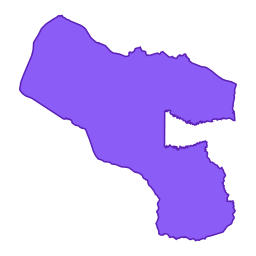 outline of Kaev Seima, Môndól Kiri, Cambodia
{"feature_id": "14789045B63599255468551", "entity_name": "Kaev Seima", "entity_type": "district", "adm_level": 2, "iso_a3": "KHM", "parent_name": "Cambodia", "parent_adm1": "Môndól Kiri", "projection": "orthographic", "projection_center": [106.845, 12.41], "detail": "fine", "context": "isolated", "style": "filled", "palette": "violet", "viewbox_px": 256, "rotation_deg": 0, "n_neighbors": 0, "source": "geoboundaries", "source_scale": "gbopen_adm2", "svg_char_len": 5937}
<svg xmlns="http://www.w3.org/2000/svg" viewBox="0 0 256 256"><path d="M38.2,35.1L34.1,41.6L33.6,42.9L33.2,49.6L31.8,55.5L24.0,73.9L21.0,81.7L19.8,88.4L19.9,90.0L20.7,91.3L23.2,94.1L26.2,96.1L31.5,98.0L63.5,118.9L64.9,119.1L66.2,118.8L66.2,118.2L66.9,118.8L67.9,118.9L68.2,119.4L69.1,119.0L70.3,119.7L70.4,120.0L70.8,119.9L71.4,120.3L72.0,121.7L71.9,122.3L72.5,123.2L75.4,125.2L78.6,125.8L80.4,127.6L81.2,127.5L82.1,128.3L83.5,128.3L85.0,129.0L85.7,129.6L90.1,140.9L93.5,151.3L95.7,155.7L98.2,158.9L102.0,160.1L104.3,161.7L108.6,162.0L109.7,162.3L112.0,164.0L116.0,164.5L121.3,166.8L126.5,167.2L129.4,168.0L134.8,172.1L138.9,173.0L140.1,173.8L142.0,175.1L143.5,178.2L144.9,178.8L145.9,179.9L147.0,179.9L147.7,180.7L147.9,182.7L148.9,185.2L150.7,186.7L154.0,190.9L155.5,194.2L157.1,195.4L158.7,198.0L159.7,199.0L159.2,200.9L157.8,202.8L157.5,204.3L158.7,207.8L158.3,209.7L157.3,210.5L156.7,211.8L158.1,214.4L158.0,215.5L158.6,217.3L157.2,221.3L156.0,223.6L157.0,225.7L157.3,227.8L158.3,229.7L158.8,231.4L158.9,233.9L160.6,235.0L162.7,235.0L163.5,234.9L163.9,233.8L164.7,234.0L165.5,233.7L166.5,233.9L167.9,234.5L168.5,235.5L169.2,236.1L169.4,237.1L169.8,237.4L172.6,236.8L173.0,237.1L173.5,236.8L174.1,237.8L174.8,237.8L175.2,238.1L175.1,238.4L176.3,239.3L177.2,238.3L177.5,238.6L178.1,238.4L178.4,237.9L179.6,238.0L180.8,237.4L181.0,237.0L182.5,237.1L183.3,237.5L184.3,236.9L184.5,237.3L185.5,237.5L185.8,237.1L186.4,237.2L189.7,239.4L190.7,239.5L192.6,238.7L194.3,239.1L195.5,240.6L197.8,239.9L199.1,240.3L200.7,239.3L203.1,238.5L205.0,238.9L205.7,237.6L206.9,236.6L210.7,235.8L223.0,232.0L227.2,226.3L231.5,223.7L232.9,219.8L234.0,218.4L234.0,216.7L233.1,215.6L232.8,214.4L233.5,212.6L234.1,212.7L234.5,212.2L235.1,210.5L234.2,209.8L233.9,208.4L233.2,207.6L233.9,206.8L234.0,206.1L233.3,205.4L233.7,204.0L233.0,203.4L233.6,202.7L232.9,201.0L231.9,201.1L231.0,201.7L229.9,201.0L227.9,201.4L226.9,201.0L227.5,199.4L227.0,198.2L228.7,195.0L228.4,194.4L226.9,194.1L226.5,193.1L225.2,191.6L225.4,190.8L224.2,189.6L224.4,188.5L223.6,187.0L223.6,186.4L224.0,186.4L224.1,185.9L223.1,184.6L223.2,183.4L222.4,182.7L223.0,182.4L224.2,180.9L223.5,179.5L224.2,177.3L225.3,175.9L225.4,174.9L223.7,172.0L223.4,170.3L222.2,168.6L221.8,167.5L220.2,168.6L219.6,168.4L218.1,167.2L218.2,166.8L217.3,165.5L215.2,164.5L212.6,162.3L210.9,162.3L210.4,161.9L209.4,159.3L207.2,156.9L206.9,155.2L207.5,154.5L207.4,152.5L206.2,151.3L205.0,151.0L205.6,150.1L205.2,149.8L205.8,149.4L205.2,148.3L205.3,147.2L205.9,147.0L206.5,147.4L206.8,147.2L206.7,146.5L207.1,145.7L206.6,143.9L206.9,142.2L205.6,141.2L205.3,141.6L204.8,141.3L204.1,141.8L203.6,141.5L202.5,141.7L201.5,142.5L199.9,142.1L199.4,142.6L199.6,143.0L199.3,143.5L198.2,143.6L197.3,143.0L196.8,143.7L195.8,144.2L195.8,145.0L195.5,145.1L194.1,144.6L193.8,144.9L193.9,145.5L192.7,145.8L190.9,145.5L190.1,146.4L188.1,145.9L187.6,146.5L187.5,147.6L186.5,147.2L186.0,146.2L185.4,146.8L185.0,148.3L183.7,147.9L183.7,147.3L183.1,147.2L183.0,147.9L182.2,147.9L182.1,148.2L181.5,147.3L181.0,147.2L181.0,146.9L180.1,146.4L179.8,148.0L178.4,148.5L178.9,149.6L178.3,149.8L177.5,149.8L176.5,148.9L177.4,148.4L176.8,147.8L176.9,146.9L175.7,146.6L175.7,147.4L175.0,147.8L174.6,146.7L174.3,146.7L173.9,147.2L173.8,146.3L173.6,146.3L173.3,146.4L173.4,146.6L172.8,146.6L172.9,147.2L172.5,146.8L170.9,146.3L170.2,145.3L169.8,145.7L169.6,145.3L168.2,147.0L167.8,147.0L168.0,146.3L167.5,146.2L167.2,146.6L166.9,146.3L166.9,147.3L166.7,147.4L166.2,146.9L165.7,147.5L165.1,146.3L164.5,146.5L164.7,111.5L165.2,111.6L165.7,111.1L166.1,111.2L165.7,110.8L165.8,110.5L166.5,110.4L167.7,111.0L168.2,110.9L168.3,110.3L169.7,110.4L170.8,111.1L170.1,112.3L170.3,113.3L171.3,114.3L172.6,114.8L173.1,115.8L173.8,115.1L174.6,114.9L174.3,116.5L176.1,116.1L176.9,116.3L176.9,117.9L177.7,118.1L178.5,117.1L179.5,118.7L180.3,117.9L181.2,119.0L182.6,118.9L183.1,119.5L183.2,120.5L184.9,120.5L185.7,122.1L186.8,123.1L187.6,123.1L187.5,121.9L187.9,121.3L189.5,120.9L188.8,121.9L189.4,123.1L190.7,123.9L191.0,123.7L190.7,122.7L192.0,123.5L192.5,123.4L192.8,123.7L192.7,124.4L194.2,124.4L194.9,125.1L195.5,124.1L196.5,124.6L196.8,124.0L196.7,123.5L197.1,122.9L197.7,123.8L198.1,124.0L198.4,123.5L198.9,123.3L199.5,121.9L200.5,121.2L200.9,121.3L200.9,122.7L201.2,123.0L202.1,122.9L202.6,121.6L204.6,122.5L205.2,121.7L206.0,121.8L207.1,120.9L208.1,121.4L208.8,121.3L211.3,121.7L212.5,121.4L211.8,120.3L212.5,119.6L213.6,119.0L214.6,119.4L215.9,118.7L216.7,118.9L216.8,119.7L217.4,120.0L218.2,119.4L219.5,119.3L219.8,119.0L220.4,119.0L221.3,119.6L221.8,119.2L221.9,118.7L223.2,118.1L223.7,118.2L223.9,118.6L224.6,118.4L226.2,118.9L228.0,118.2L230.1,118.2L233.4,120.4L234.8,120.5L234.3,113.4L233.1,112.9L232.9,112.5L234.1,112.1L234.2,111.8L232.9,110.2L232.5,108.5L233.0,106.4L233.3,102.6L234.5,97.5L234.0,95.1L234.1,94.4L234.9,93.4L234.6,89.9L236.2,84.8L235.9,84.0L231.4,81.8L225.4,80.4L222.6,79.3L218.0,76.3L212.0,71.3L207.5,68.2L205.3,67.2L201.4,66.7L191.8,62.9L189.8,61.1L188.8,60.7L189.3,59.2L188.3,58.2L187.3,58.0L186.9,57.5L186.9,56.6L186.0,56.5L186.2,55.7L185.6,55.1L185.8,54.4L185.5,54.1L184.2,54.1L183.1,55.5L182.1,55.4L181.2,55.9L180.6,55.7L180.4,55.1L179.3,55.1L177.3,57.0L177.2,58.1L176.1,58.4L173.2,57.6L172.6,56.5L170.9,57.2L168.7,56.8L162.7,51.6L161.0,52.3L160.5,53.5L159.7,54.1L159.1,54.1L158.0,53.2L156.5,53.3L149.6,55.4L147.8,55.0L146.9,55.5L145.7,53.4L145.8,52.6L145.5,51.6L143.8,51.1L142.0,51.1L140.2,47.1L138.9,47.8L136.7,48.1L135.2,48.7L134.4,50.9L131.9,52.9L130.3,52.0L129.2,52.4L128.9,53.1L129.2,54.9L128.3,55.9L127.5,56.3L125.2,56.4L119.4,54.0L112.9,52.9L110.3,51.0L105.4,45.7L101.2,43.9L100.1,43.7L99.0,42.8L98.7,43.0L98.0,42.7L96.8,42.7L93.8,40.4L90.8,37.6L85.6,29.1L84.1,27.6L80.9,25.4L70.8,21.3L68.6,19.9L66.6,19.4L65.6,18.6L65.4,18.2L62.5,16.9L62.6,16.3L61.8,15.4L60.7,15.8L59.8,15.8L59.6,16.2L58.5,15.7L55.9,17.8L53.9,18.8L46.5,23.7L44.5,25.5L41.5,28.6L38.2,35.1Z" fill="#8b5cf6" stroke="#5b21b6" stroke-width="1.5"/></svg>